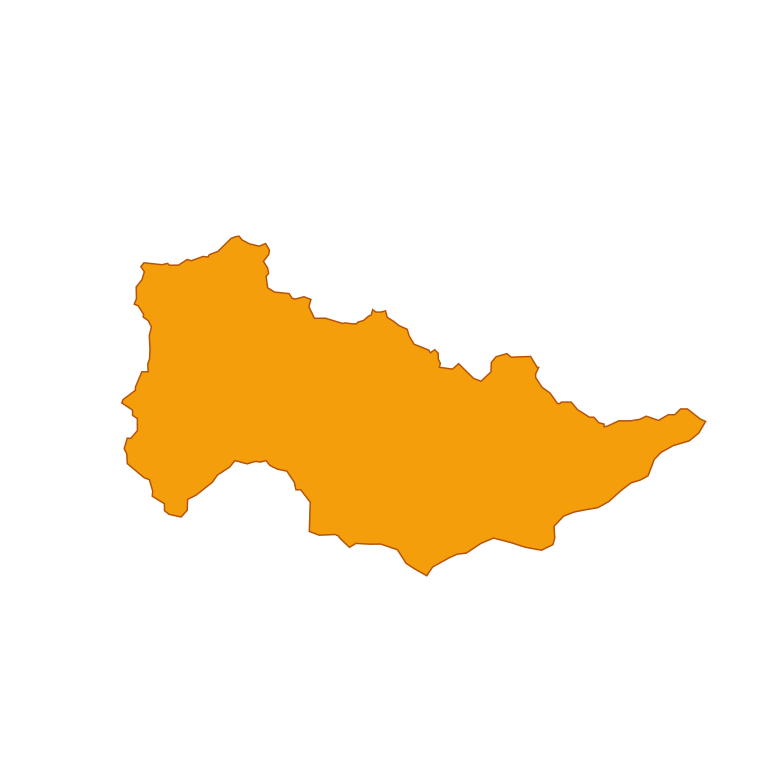 Patillas, Puerto Rico (orthographic projection), rotated 331°
{"feature_id": "32010507B91916522285611", "entity_name": "Patillas", "entity_type": "district", "adm_level": 2, "iso_a3": "PRI", "parent_name": "Puerto Rico", "parent_adm1": "", "projection": "orthographic", "projection_center": [-66.007, 18.039], "detail": "fine", "context": "isolated", "style": "filled", "palette": "amber", "viewbox_px": 768, "rotation_deg": 331, "n_neighbors": 0, "source": "geoboundaries", "source_scale": "gbopen_adm2", "svg_char_len": 2799}
<svg xmlns="http://www.w3.org/2000/svg" viewBox="0 0 768 768"><g transform="rotate(331 384 384)"><path d="M420.8,320.8L416.2,319.6L411.8,317.2L410.2,313.5L406.2,317.4L403.2,317.2L396.9,318.5L390.9,317.2L389.3,318.0L386.5,316.7L379.4,311.6L377.3,311.1L364.7,298.1L355.0,292.8L355.8,280.0L361.1,274.6L356.3,268.9L347.7,266.7L345.2,264.5L344.9,259.0L332.7,250.4L328.9,243.4L333.1,232.7L336.8,231.2L338.4,226.1L338.0,218.3L346.1,214.8L348.7,211.3L348.5,203.7L341.7,203.0L334.2,196.1L329.7,189.2L328.9,184.4L325.5,183.2L320.9,182.5L312.7,184.8L303.3,187.5L293.8,186.2L291.6,187.6L287.5,184.7L275.3,182.8L272.3,179.7L261.8,180.4L253.8,176.0L253.2,173.6L247.6,172.0L232.8,161.6L228.2,163.5L228.8,169.6L222.9,175.4L214.3,179.0L208.8,189.5L204.2,193.1L206.9,196.3L207.5,206.6L205.8,208.6L208.6,214.4L208.2,221.4L202.3,227.7L196.1,240.3L191.1,248.4L187.1,252.0L183.6,259.0L178.1,255.9L165.1,266.2L163.5,269.0L148.2,271.1L145.5,273.4L151.4,284.9L148.9,289.6L151.5,294.6L145.7,305.2L136.2,308.8L133.2,306.9L125.4,314.6L125.2,320.2L120.9,329.2L128.7,349.5L132.4,353.9L129.8,365.5L126.9,369.8L133.9,382.2L130.6,388.4L132.8,393.8L142.1,402.0L150.7,399.0L156.3,389.7L165.8,390.1L186.4,386.7L194.1,382.9L208.7,381.8L216.5,378.7L225.6,387.5L231.4,388.7L234.5,389.6L238.1,392.4L243.7,393.8L244.7,400.0L249.7,407.0L256.8,413.1L257.9,426.4L255.7,433.8L259.9,436.2L262.2,451.7L261.1,453.4L251.0,470.4L247.2,476.7L254.0,484.8L268.4,492.0L270.6,495.1L270.5,496.8L272.4,503.1L274.6,510.1L282.1,509.8L294.1,517.3L303.5,522.4L308.2,527.5L315.4,535.5L316.4,551.6L320.9,560.1L328.4,572.4L335.7,568.7L337.9,567.6L338.6,567.6L356.2,567.6L356.9,567.6L365.4,568.3L367.4,569.1L373.7,571.7L373.9,571.8L391.6,570.4L405.0,571.8L417.7,583.8L421.5,587.9L428.2,595.0L428.9,595.7L429.1,595.8L431.8,598.1L441.1,605.7L453.8,606.4L455.5,604.7L458.7,601.5L463.7,590.9L477.1,586.6L477.6,586.7L486.7,587.9L487.7,588.1L489.0,588.4L499.0,591.6L501.0,592.3L505.5,593.9L511.1,595.8L523.8,595.8L538.6,592.3L546.7,591.0L552.1,590.2L555.8,591.0L562.0,592.3L570.4,592.3L581.1,583.3L583.2,581.5L583.9,581.0L593.1,578.1L607.2,578.1L623.5,581.7L635.5,579.5L647.1,572.7L643.5,567.7L637.3,552.9L631.3,549.6L623.2,551.8L617.9,548.7L606.4,548.9L597.8,539.3L590.5,538.9L581.7,535.7L571.4,530.0L559.2,529.2L555.8,528.2L557.0,525.7L553.1,522.0L551.4,514.8L547.6,512.7L540.8,500.1L539.1,491.4L539.1,490.7L530.4,485.8L528.3,486.3L526.3,485.3L524.8,472.3L520.6,463.4L519.8,451.9L521.6,448.6L527.3,444.5L526.0,443.4L525.6,431.0L508.2,422.2L506.2,417.0L495.2,414.5L488.3,417.2L483.4,425.3L470.1,428.6L465.0,422.4L459.1,402.4L451.1,404.2L440.5,396.2L443.3,393.2L443.6,388.4L446.3,383.5L445.0,378.6L439.7,379.2L439.6,376.1L429.6,363.8L429.3,354.0L430.8,347.4L425.5,340.3L422.7,333.7L419.1,327.2L420.8,320.8Z" fill="#f59e0b" stroke="#b45309" stroke-width="1.5"/></g></svg>